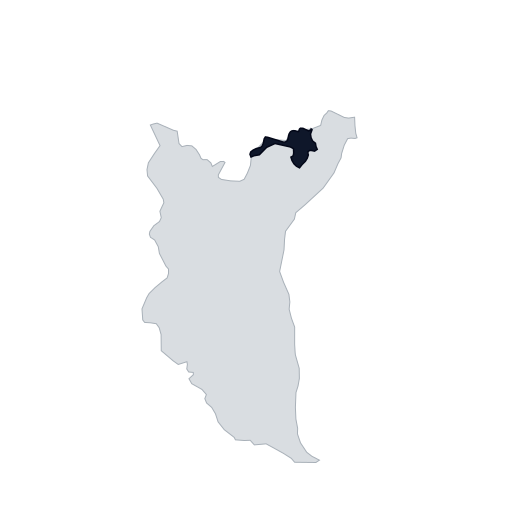 location of Taraclia within Moldova, rotated 210°
{"feature_id": "MDA-1625", "entity_name": "Taraclia", "entity_type": "District", "adm_level": 1, "iso_a3": "MDA", "parent_name": "Moldova", "parent_adm1": "", "projection": "robinson", "projection_center": [28.676, 45.978], "detail": "fine", "context": "in_parent", "style": "filled", "palette": "ink", "viewbox_px": 512, "rotation_deg": 210, "n_neighbors": 0, "source": "natural_earth", "source_scale": "10m", "svg_char_len": 2750}
<svg xmlns="http://www.w3.org/2000/svg" viewBox="0 0 512 512"><g transform="rotate(210 256 256)"><path d="M99.0,110.9L100.9,107.1L119.4,96.7L124.2,98.4L133.8,98.8L153.3,98.4L163.0,91.6L168.9,93.5L173.8,90.4L181.9,86.5L183.1,87.3L184.1,88.0L196.6,89.7L205.9,93.4L212.2,99.1L218.6,102.7L225.3,104.0L229.0,106.9L229.7,111.2L236.0,113.4L247.8,113.3L252.7,116.2L250.9,121.9L252.1,123.8L256.3,121.9L259.5,123.6L261.2,127.8L263.0,129.9L269.1,123.2L275.4,123.8L290.7,126.6L298.9,140.5L304.0,145.5L308.5,147.5L314.2,145.3L319.2,142.8L322.1,144.0L328.3,153.2L329.8,165.2L329.8,170.1L327.6,178.2L324.4,186.9L322.0,192.6L323.0,197.1L325.3,201.0L328.9,202.2L340.9,209.9L345.3,215.2L351.8,219.2L356.7,219.4L359.3,221.6L360.2,224.3L359.6,231.2L356.8,237.6L357.2,241.8L361.6,246.7L362.1,252.3L362.4,256.0L364.7,258.8L375.7,265.1L389.9,271.1L393.6,276.3L395.8,282.9L395.2,294.0L394.3,303.6L413.0,316.6L410.9,319.0L408.1,321.6L390.3,323.6L386.7,324.7L378.9,314.9L374.8,313.7L371.0,317.3L366.6,319.3L361.2,318.3L355.4,315.3L352.5,313.1L350.1,312.9L346.5,315.0L341.7,314.1L338.6,311.7L334.1,320.0L331.3,321.7L329.6,321.5L329.2,307.4L327.9,305.3L324.3,305.0L315.7,308.3L307.4,312.6L304.6,316.5L304.9,323.4L306.1,331.7L311.8,344.2L308.7,349.7L306.5,358.4L297.7,366.3L287.7,371.0L286.8,380.5L281.3,387.0L271.7,393.5L265.3,401.4L266.9,406.7L267.3,411.8L266.2,415.3L266.0,418.0L263.5,419.1L248.9,420.1L244.8,421.7L240.0,425.5L235.5,418.4L231.0,412.2L227.6,408.9L229.0,407.3L232.7,405.6L235.3,403.5L235.0,396.1L233.1,387.6L231.4,383.5L231.2,377.0L230.0,367.0L231.8,348.4L239.1,325.0L243.2,313.4L241.2,307.1L242.8,292.2L239.7,284.9L234.8,275.3L227.8,254.4L219.1,247.1L208.3,239.2L203.7,233.1L200.7,226.5L194.3,219.9L187.0,213.8L178.3,198.7L173.8,191.9L172.4,190.0L162.4,180.3L157.2,171.6L154.6,164.4L153.1,157.7L146.2,144.6L139.9,134.7L133.8,127.6L131.1,122.6L124.0,116.4L114.0,111.4L107.4,110.5L99.0,110.9Z" fill="#d9dde1" stroke="#a8b0b8" stroke-width="1"/><path d="M309.8,339.2L312.1,341.1L312.6,343.5L311.5,346.2L309.5,349.2L306.4,352.2L305.7,354.0L305.9,356.7L307.5,361.6L307.4,363.8L305.1,364.7L289.4,368.3L287.8,369.2L286.8,370.8L286.7,372.7L288.0,376.6L288.4,378.4L288.3,380.7L287.6,382.1L286.5,383.1L284.8,384.0L282.1,384.5L281.4,385.0L281.4,385.6L281.6,386.7L281.8,387.8L281.4,388.9L279.1,390.1L273.0,390.6L271.6,392.7L271.8,393.6L270.6,393.4L269.8,388.9L267.5,386.0L264.5,383.9L260.9,383.4L258.8,380.8L256.3,379.0L257.7,376.1L260.5,375.2L262.2,374.3L263.2,372.5L262.4,370.9L261.2,369.7L260.5,366.3L260.6,362.7L261.8,358.3L262.4,354.1L265.9,354.0L269.2,354.8L272.6,356.7L275.2,359.1L274.0,361.0L274.3,362.6L274.9,364.1L277.2,367.7L280.8,367.6L295.8,362.9L301.1,355.4L303.7,345.3L307.9,341.8L309.8,339.2Z" fill="#0f172a" stroke="#020617" stroke-width="1.5"/></g></svg>